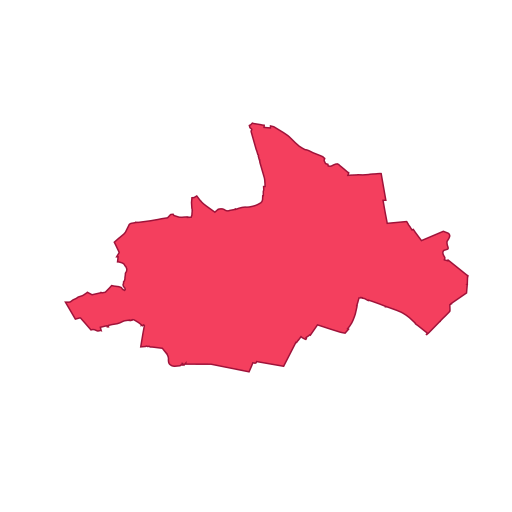 Utrecht, Utrecht, Netherlands (Robinson projection), rotated 162°
{"feature_id": "6326949B99313902629116", "entity_name": "Utrecht", "entity_type": "district", "adm_level": 2, "iso_a3": "NLD", "parent_name": "Netherlands", "parent_adm1": "Utrecht", "projection": "robinson", "projection_center": [5.068, 52.084], "detail": "fine", "context": "isolated", "style": "filled", "palette": "rose", "viewbox_px": 512, "rotation_deg": 162, "n_neighbors": 0, "source": "geoboundaries", "source_scale": "gbopen_adm2", "svg_char_len": 5966}
<svg xmlns="http://www.w3.org/2000/svg" viewBox="0 0 512 512"><g transform="rotate(162 256 256)"><path d="M298.4,148.0L294.4,152.5L292.0,155.4L290.1,154.4L289.3,154.3L288.8,154.5L288.0,155.4L263.8,142.6L244.7,161.6L244.2,161.2L241.7,163.0L241.6,162.9L238.1,165.4L237.6,164.5L236.6,163.3L235.5,162.2L234.4,161.3L233.6,161.9L233.5,162.2L233.6,163.0L230.8,163.8L229.2,164.4L228.8,163.9L218.8,171.5L207.7,163.4L199.7,157.7L197.9,156.6L195.1,155.1L190.6,157.8L191.4,158.5L188.8,160.2L187.3,161.4L185.6,162.8L183.5,165.0L181.0,168.1L179.4,170.3L176.0,176.0L175.2,177.6L175.5,177.7L173.7,180.2L171.0,184.3L169.8,183.9L169.5,183.9L169.2,184.2L168.0,183.6L168.2,183.3L168.2,183.2L167.0,182.6L165.7,181.8L163.4,179.3L162.8,178.9L162.6,179.2L159.9,177.3L153.2,172.1L148.6,168.3L148.7,168.1L148.7,167.9L148.4,168.0L148.1,167.8L148.3,167.7L148.1,167.5L147.8,167.7L138.9,160.8L135.3,157.7L133.7,156.0L131.7,153.6L130.4,151.8L129.1,149.9L125.2,142.8L125.4,142.5L125.0,141.7L123.6,139.9L117.2,130.2L116.9,129.5L118.1,128.8L117.9,128.5L116.4,129.3L116.2,129.2L114.2,130.2L102.2,136.5L101.6,136.8L101.3,136.8L101.0,136.9L100.9,137.2L97.5,139.0L94.4,140.5L90.0,142.8L88.8,143.5L88.7,143.6L88.6,144.2L88.3,144.4L87.0,148.9L86.8,149.7L85.1,150.1L85.3,150.4L67.2,155.8L64.0,163.4L63.9,163.5L64.1,163.8L63.8,163.8L63.4,164.9L61.0,171.5L60.9,171.5L60.8,171.2L60.5,171.7L61.5,172.9L64.9,178.1L73.5,191.2L74.6,192.8L75.0,192.4L75.1,192.2L77.9,194.0L78.1,194.2L77.3,195.2L77.0,195.8L76.9,196.3L77.3,198.1L77.5,199.6L77.4,201.1L77.1,201.9L76.4,202.8L75.5,203.3L71.7,203.3L71.4,203.4L70.9,203.9L70.8,204.2L70.7,204.9L70.7,207.3L70.4,209.2L70.1,210.1L69.8,210.8L69.4,211.2L67.3,212.9L65.8,214.7L65.6,215.2L65.4,215.8L65.5,216.9L65.7,217.6L66.3,218.4L70.2,221.6L93.9,219.5L97.4,229.9L97.4,230.1L98.2,232.7L99.5,232.5L100.3,235.1L100.5,236.2L101.4,238.7L101.3,239.1L101.7,240.5L101.8,241.4L101.9,241.8L102.4,242.2L102.4,242.3L121.1,246.5L119.7,257.6L118.0,269.7L115.3,268.9L111.5,295.7L112.5,296.1L115.2,296.8L116.4,297.0L120.0,298.0L122.2,298.5L123.8,298.7L129.4,300.1L134.0,301.8L134.8,301.9L140.8,303.6L143.7,304.3L142.1,306.4L142.1,306.7L142.5,306.9L142.8,307.2L146.8,313.7L148.5,316.3L149.1,317.5L149.8,318.1L150.0,318.4L151.4,318.7L152.2,318.8L153.0,318.7L153.8,318.7L156.3,318.3L157.2,318.3L158.4,318.7L159.5,319.4L159.3,321.0L159.9,321.4L161.2,322.3L161.4,322.9L161.7,325.3L161.7,325.8L161.4,326.4L160.6,327.3L160.5,327.5L160.7,328.0L161.3,328.6L161.6,329.4L161.8,329.9L162.4,330.2L162.7,330.6L163.6,331.4L170.0,336.7L172.7,339.4L174.0,340.5L175.1,341.3L176.5,342.0L178.5,344.1L181.0,347.1L183.6,351.5L187.6,359.2L188.6,360.8L191.7,364.8L198.4,372.6L199.1,373.4L199.7,373.8L202.0,375.2L202.7,373.3L208.6,375.8L207.8,377.8L210.1,378.9L210.6,379.3L217.3,382.7L218.4,383.5L220.2,382.5L222.0,382.2L222.1,379.9L221.0,378.3L221.0,377.4L222.0,376.4L222.2,375.7L222.9,357.5L222.8,355.3L222.9,352.0L222.8,351.7L222.5,351.1L222.9,350.3L223.0,349.7L223.0,348.4L223.1,347.9L223.1,346.1L222.9,346.1L223.3,344.2L223.4,343.4L223.9,328.0L224.0,326.9L224.3,325.2L224.8,323.3L224.9,322.7L225.9,319.3L227.3,319.7L227.4,319.4L228.2,316.4L229.1,315.2L230.4,311.1L231.0,311.2L232.3,307.7L233.0,306.6L233.6,305.9L235.0,305.1L238.6,304.4L241.1,304.2L243.6,304.3L247.3,304.7L249.4,305.2L251.3,305.9L254.2,306.5L257.5,306.7L260.9,306.6L260.9,307.1L261.2,307.2L261.4,307.0L261.7,306.8L261.9,306.8L267.1,307.5L267.7,307.4L268.8,307.6L270.0,308.1L270.9,308.8L271.9,310.0L273.1,311.0L274.5,311.6L276.0,312.0L277.8,311.9L277.8,312.0L281.6,310.4L287.9,319.0L289.8,321.8L291.0,324.0L291.3,324.8L291.4,325.2L291.6,325.3L291.8,325.7L293.8,331.4L296.9,330.7L298.9,331.2L300.8,326.8L302.2,321.4L302.4,319.3L302.6,319.2L302.6,318.9L304.0,315.6L304.2,314.9L305.7,312.9L309.2,313.9L309.0,314.3L311.1,314.9L313.5,315.5L314.2,315.6L317.0,316.6L321.6,319.9L321.9,321.3L323.2,321.6L324.4,321.8L328.2,319.7L328.7,319.7L334.1,320.6L337.8,321.0L345.5,322.1L357.4,324.3L358.9,324.8L359.4,325.0L359.7,324.9L360.1,325.3L360.4,325.1L361.0,325.1L364.5,325.6L365.6,325.6L366.9,325.1L367.5,324.4L372.1,319.7L372.9,318.9L374.9,317.7L380.6,315.4L380.8,315.4L386.5,312.9L386.0,309.6L385.0,301.7L385.2,301.4L388.8,298.3L387.4,297.8L389.5,293.2L388.4,292.8L386.7,291.7L385.2,290.6L384.4,289.6L384.0,289.0L383.5,286.8L383.1,286.3L382.9,284.0L383.0,283.2L383.8,281.5L384.2,281.1L385.3,280.2L385.7,279.6L386.1,278.4L387.2,276.2L387.7,274.8L388.1,274.1L388.8,273.1L390.0,272.3L390.3,271.1L391.2,270.0L391.4,269.3L391.4,268.2L391.4,267.9L390.7,266.3L390.6,265.6L390.7,264.9L390.7,264.5L391.6,263.9L392.6,264.9L392.9,265.5L393.2,265.5L393.8,267.5L394.1,267.8L394.6,268.2L396.1,269.3L400.4,271.3L402.4,272.5L405.0,271.0L410.5,268.1L413.8,268.5L414.7,269.3L415.2,269.0L423.9,269.8L427.6,273.6L428.1,273.3L432.3,272.1L433.5,271.9L437.8,271.9L440.1,271.2L443.6,270.8L446.5,269.8L447.1,269.8L447.9,269.8L451.5,271.0L447.3,251.8L447.2,251.8L443.0,251.6L442.4,251.5L442.0,251.2L439.4,245.2L435.8,236.7L434.4,236.6L433.4,236.3L432.5,235.9L431.9,235.4L430.2,233.9L429.7,233.6L428.9,233.4L426.5,233.2L426.3,233.0L426.1,236.3L419.6,235.8L419.4,235.6L419.4,234.6L418.2,234.2L418.1,235.5L417.9,235.6L414.1,235.3L408.9,234.5L406.2,234.5L402.3,235.0L401.0,235.0L396.3,234.2L396.5,233.9L395.3,233.4L395.2,233.6L393.8,233.2L393.5,233.7L392.7,233.5L391.9,233.1L391.3,232.5L389.4,230.3L388.6,229.4L387.5,227.9L386.3,226.0L386.5,225.6L386.1,225.7L385.7,224.8L384.1,225.2L383.7,224.2L387.7,216.8L393.7,205.2L389.1,204.1L388.4,204.2L387.8,204.1L386.9,203.3L385.6,203.2L384.8,202.2L382.6,201.4L373.6,197.2L372.3,193.7L371.9,192.9L371.3,191.4L371.5,191.5L371.0,190.1L370.8,189.1L370.7,187.7L370.6,187.3L370.7,187.1L370.9,185.6L371.5,184.0L371.9,182.2L371.9,181.1L371.8,180.4L371.6,179.8L370.8,178.6L369.8,177.5L368.8,176.9L367.6,176.3L362.1,175.1L360.8,175.6L360.2,175.2L359.4,176.7L359.0,176.5L358.8,175.6L358.8,175.1L358.9,174.9L358.3,174.7L358.2,174.5L357.6,174.9L355.9,175.8L356.3,174.9L332.2,167.0L298.4,148.0Z" fill="#f43f5e" stroke="#9f1239" stroke-width="1.5"/></g></svg>